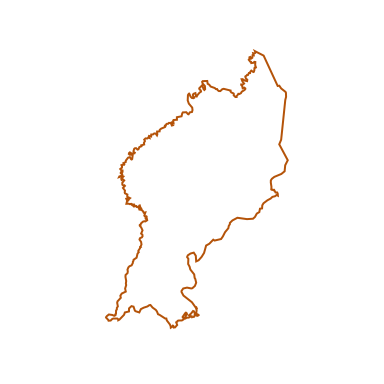 outline of Poro, Savanes, Ivory Coast, rotated 213°
{"feature_id": "98640826B2900878653745", "entity_name": "Poro", "entity_type": "district", "adm_level": 2, "iso_a3": "CIV", "parent_name": "Ivory Coast", "parent_adm1": "Savanes", "projection": "robinson", "projection_center": [-5.804, 9.476], "detail": "fine", "context": "isolated", "style": "outline", "palette": "amber", "viewbox_px": 384, "rotation_deg": 213, "n_neighbors": 0, "source": "geoboundaries", "source_scale": "gbopen_adm2", "svg_char_len": 6038}
<svg xmlns="http://www.w3.org/2000/svg" viewBox="0 0 384 384"><g transform="rotate(213 192 192)"><path d="M118.0,235.7L119.2,237.3L120.3,238.0L121.7,237.1L124.1,238.4L124.3,237.9L125.5,238.0L125.9,237.4L126.9,237.3L128.1,239.5L131.1,242.9L132.2,244.7L132.2,246.6L131.2,249.5L126.9,255.8L125.6,259.8L128.4,265.2L129.0,270.8L144.8,279.5L145.7,284.4L163.9,320.0L164.9,323.0L167.2,326.3L168.1,326.9L173.6,327.4L176.7,328.7L177.9,327.6L206.2,345.4L215.9,344.4L214.8,343.7L214.7,343.1L215.2,342.1L216.3,341.7L214.7,340.2L215.7,339.7L214.5,337.4L215.1,336.0L216.7,337.0L217.2,336.3L216.3,334.8L216.4,333.8L214.1,333.0L213.4,333.3L212.5,332.4L210.8,333.9L210.6,335.1L209.7,335.5L208.1,332.8L206.2,331.3L206.4,330.8L207.2,330.4L207.1,329.9L206.0,328.0L205.6,326.4L205.9,326.0L208.4,326.1L208.6,324.6L208.1,323.4L209.1,322.8L208.8,320.7L209.6,320.2L209.6,319.2L210.2,318.2L210.1,317.7L208.5,316.5L206.8,316.3L206.2,315.0L208.4,314.2L211.0,314.2L211.8,313.6L209.9,312.2L207.4,311.3L208.0,309.7L209.3,309.0L209.1,308.6L207.6,308.2L206.0,306.6L205.0,308.0L203.7,307.9L203.4,307.5L203.5,306.2L204.9,303.2L204.8,301.5L205.7,299.9L206.6,299.6L206.6,297.4L207.1,295.9L206.7,295.7L207.3,295.3L209.7,295.8L210.3,297.0L210.9,297.3L213.2,296.9L214.5,297.3L214.9,298.1L221.6,295.8L222.6,294.7L223.2,292.1L224.4,291.3L226.0,291.4L227.0,292.0L228.1,291.3L229.5,291.6L233.8,290.6L236.0,291.4L237.8,291.3L239.7,293.4L243.4,290.8L243.5,289.9L242.2,288.8L238.9,287.9L237.0,285.4L237.2,284.3L238.2,284.5L240.6,286.3L241.7,286.6L242.4,282.9L241.8,282.3L239.9,281.9L239.1,281.1L239.8,279.4L240.2,276.3L240.1,274.7L241.0,274.7L243.0,276.8L244.2,275.2L244.2,274.0L242.9,272.6L241.6,272.9L241.4,272.5L241.8,271.5L243.3,270.8L245.1,271.2L247.9,273.0L248.2,272.7L248.2,271.1L245.5,266.5L242.8,264.4L237.8,262.9L236.2,261.0L235.6,259.1L237.2,257.6L237.2,255.3L237.8,255.1L240.2,255.8L243.0,253.8L243.0,252.6L242.0,249.8L245.4,246.5L244.0,244.4L246.7,242.3L246.7,241.7L245.1,239.8L246.8,239.6L247.1,239.1L246.8,238.6L244.4,237.6L245.1,236.8L246.7,237.9L247.6,238.1L249.0,237.4L249.2,236.2L250.2,235.5L250.5,234.6L250.2,233.6L250.9,232.9L250.6,232.3L250.0,232.1L250.0,231.8L252.4,228.3L252.9,226.6L252.2,225.2L254.2,223.7L252.4,221.3L252.2,220.4L254.4,221.2L255.6,220.5L256.0,219.1L257.5,218.0L256.5,216.3L258.6,215.6L258.5,215.1L257.1,214.1L258.3,213.8L258.6,212.6L260.2,211.6L260.6,209.9L259.2,209.1L259.1,207.1L258.0,205.8L260.0,203.5L259.3,202.8L260.6,201.1L260.2,198.6L260.8,197.9L262.7,198.3L263.7,197.6L264.0,196.8L263.3,194.3L262.2,193.7L261.4,193.8L261.3,193.1L263.7,191.4L265.7,191.4L266.0,190.5L265.7,189.5L264.6,189.3L262.0,191.0L260.1,187.0L260.3,186.4L260.9,186.3L263.1,187.4L264.3,186.0L264.6,182.3L263.9,181.0L265.2,179.0L263.8,178.3L263.8,177.8L265.2,177.0L265.8,176.1L264.7,175.5L264.0,174.3L264.7,172.2L263.2,171.7L262.0,172.2L261.2,171.0L261.7,169.8L262.3,170.1L262.2,169.1L261.8,168.9L260.8,169.3L260.0,168.7L260.0,167.1L261.4,165.5L261.3,164.7L258.9,167.6L258.0,167.7L258.5,164.5L257.6,163.8L256.9,165.0L255.2,164.8L255.5,161.8L254.4,160.2L252.9,160.1L252.4,160.8L251.6,160.6L252.1,157.8L249.0,156.7L248.2,155.0L247.5,154.4L244.8,154.7L244.1,153.2L243.4,152.8L240.6,153.1L241.1,151.2L243.0,151.3L243.5,150.6L242.4,149.9L241.9,150.7L240.9,150.2L241.4,148.7L240.6,146.4L238.8,147.7L237.8,147.8L236.5,149.0L236.0,149.1L235.8,148.5L234.6,148.4L233.9,149.9L232.6,149.4L233.3,149.0L233.3,148.4L232.8,148.2L231.0,149.9L230.1,149.4L229.1,150.1L227.6,149.4L227.4,149.7L228.6,150.3L228.8,151.9L228.5,152.3L227.2,151.2L226.5,149.9L226.5,149.1L227.4,148.4L225.7,148.9L225.3,150.3L224.1,149.4L222.7,149.2L221.2,148.3L220.0,149.5L219.1,146.2L218.0,145.8L217.3,146.7L216.7,146.7L216.2,145.9L216.3,144.4L215.7,144.3L215.1,144.8L214.2,143.9L215.1,141.9L216.1,141.5L217.0,140.4L217.7,137.7L217.2,136.4L217.8,135.9L217.5,135.3L215.3,134.6L212.6,132.9L212.0,129.4L210.4,129.2L209.4,128.0L209.3,126.8L210.5,124.8L210.1,123.5L207.5,122.4L205.8,120.5L205.4,118.3L205.1,118.1L205.6,117.7L205.0,116.6L205.0,113.5L204.4,112.6L203.9,112.5L204.1,110.6L202.7,106.7L204.1,103.4L203.6,102.4L203.6,101.3L203.0,100.4L202.7,97.6L204.0,95.7L204.3,94.1L203.8,91.7L202.7,90.6L201.9,88.9L202.5,86.2L201.6,84.6L198.7,81.5L197.6,79.2L196.5,78.1L195.5,74.6L193.3,72.4L195.6,68.6L195.6,66.0L194.1,64.5L194.9,59.7L194.4,58.3L191.9,55.7L191.9,53.9L191.1,52.6L191.1,51.2L189.4,48.4L189.7,47.6L189.1,46.9L189.8,45.8L191.8,45.5L195.0,44.0L195.8,41.6L195.9,40.1L195.5,39.8L192.8,39.2L191.9,38.6L190.2,39.9L189.8,41.9L189.1,43.0L185.7,45.2L184.6,45.1L184.0,44.3L183.4,45.4L182.1,52.0L182.7,54.4L179.8,57.5L181.4,60.1L180.6,63.3L178.6,64.0L175.3,61.4L174.3,61.3L170.6,62.3L171.1,65.9L169.5,68.7L167.0,71.8L166.2,73.8L165.3,74.6L162.1,73.6L158.1,73.4L156.3,72.7L153.9,71.0L152.4,71.3L145.5,71.3L144.6,71.9L143.2,70.6L138.5,68.9L136.8,67.8L135.9,66.7L135.3,68.1L135.3,69.5L134.8,69.6L133.5,68.4L132.5,69.2L132.0,72.4L134.3,74.1L133.7,75.3L133.9,76.1L133.4,76.8L130.5,78.8L129.7,80.5L129.5,81.4L130.1,82.0L131.4,81.7L131.8,82.1L131.7,86.6L131.4,87.5L130.6,87.5L129.6,86.8L129.8,85.4L129.5,83.4L128.4,82.7L128.0,83.7L126.3,84.9L125.6,86.5L124.2,87.1L124.6,87.6L126.0,86.8L127.3,87.0L126.6,89.5L126.3,92.8L125.4,93.0L123.4,91.6L122.4,89.5L122.6,88.2L122.3,88.5L122.2,90.6L121.2,91.5L120.2,90.9L119.6,91.7L119.4,92.4L119.7,92.5L121.7,92.3L122.4,92.6L123.8,95.5L124.8,96.3L124.5,96.9L125.7,97.7L126.2,97.2L132.0,99.5L142.8,100.5L146.4,102.5L146.9,103.4L146.8,106.3L144.1,109.1L140.1,110.7L139.3,111.5L138.4,114.8L139.1,118.2L141.9,120.9L143.0,121.4L145.3,124.1L151.2,126.1L153.4,128.1L156.0,129.5L158.7,134.0L160.7,134.8L161.0,136.6L159.8,139.5L157.5,142.1L154.1,140.6L150.7,136.1L149.3,138.3L148.6,142.8L148.7,147.5L151.0,154.8L149.3,158.0L148.2,163.6L146.6,163.6L142.0,168.4L141.9,171.5L142.4,176.3L141.8,181.4L142.7,183.6L142.7,185.6L143.4,186.7L142.6,190.2L139.9,195.1L131.1,199.2L126.3,202.8L125.6,205.4L125.9,209.2L124.6,211.8L125.9,215.0L124.3,216.4L125.8,219.1L125.9,221.5L124.2,226.2L122.5,229.3L121.9,231.7L120.1,233.6L119.4,235.6L118.0,235.7Z" fill="none" stroke="#b45309" stroke-width="2"/></g></svg>